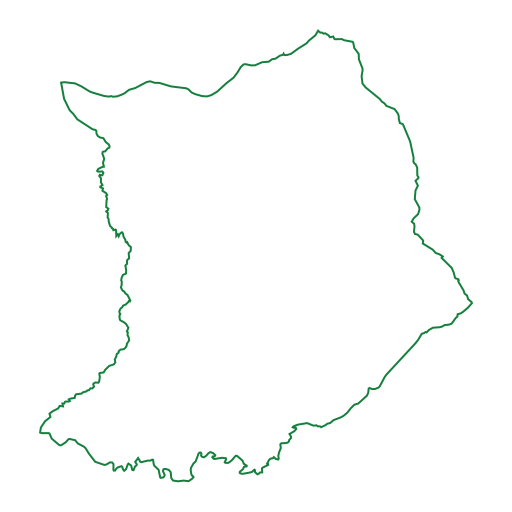 Vemasse, Baucau, East Timor (Albers equal-area conic projection)
{"feature_id": "22284137B19870753775512", "entity_name": "Vemasse", "entity_type": "district", "adm_level": 2, "iso_a3": "TLS", "parent_name": "East Timor", "parent_adm1": "Baucau", "projection": "albers", "projection_center": [126.238, -8.584], "detail": "fine", "context": "isolated", "style": "outline", "palette": "green", "viewbox_px": 512, "rotation_deg": 0, "n_neighbors": 0, "source": "geoboundaries", "source_scale": "gbopen_adm2", "svg_char_len": 5978}
<svg xmlns="http://www.w3.org/2000/svg" viewBox="0 0 512 512"><path d="M318.1,30.7L315.3,35.4L308.9,40.6L306.6,43.3L298.3,48.5L290.9,53.9L287.0,55.0L284.8,55.1L284.1,54.9L283.6,53.7L283.0,54.8L280.0,55.6L275.4,58.7L272.2,59.2L268.7,61.7L262.2,62.2L255.0,65.3L251.1,65.4L245.7,64.2L243.6,64.4L240.9,66.9L237.2,72.9L233.6,77.6L226.2,83.4L217.2,91.6L211.4,95.1L207.0,96.4L202.1,96.1L195.1,94.1L191.6,92.5L188.5,89.4L186.3,88.3L171.0,86.4L159.3,82.9L154.6,82.8L150.1,81.3L146.5,82.1L135.3,88.0L129.1,89.8L124.5,93.3L121.6,94.7L117.0,96.4L112.9,96.7L111.1,96.1L109.0,96.6L104.2,96.0L92.6,92.6L89.7,91.5L81.6,86.5L75.1,83.4L64.4,82.2L61.1,82.6L64.1,98.9L69.7,110.3L73.2,113.8L77.3,119.3L92.4,129.2L95.5,130.0L96.3,130.7L96.5,133.7L97.8,136.0L100.1,137.5L103.4,138.2L105.7,142.0L108.8,144.5L109.6,146.4L109.3,147.7L107.8,148.3L105.1,151.4L103.3,151.6L102.6,152.1L102.4,153.7L104.2,158.8L103.0,162.9L103.9,166.7L102.4,166.9L98.3,168.9L97.1,170.9L98.2,171.7L102.3,171.4L103.4,172.8L102.4,175.2L101.8,175.4L99.9,174.7L99.2,175.9L101.0,178.3L100.9,182.4L102.5,185.1L100.3,186.5L100.3,187.3L103.0,188.4L102.4,190.7L106.0,193.1L107.2,194.9L106.1,196.0L107.1,199.0L106.6,200.1L106.2,207.1L108.4,208.7L107.6,210.6L106.3,211.1L106.2,211.6L107.7,212.7L107.9,213.7L107.6,217.4L108.5,218.8L108.8,221.8L110.1,226.0L111.7,227.4L111.8,228.1L113.1,228.8L113.4,230.2L115.6,229.6L116.1,230.3L116.3,236.1L117.8,234.3L118.7,236.3L119.6,234.1L121.5,232.4L122.3,232.4L123.1,234.1L123.5,236.6L125.3,239.7L125.6,241.7L126.5,242.6L127.1,242.1L128.7,245.2L130.9,247.1L130.7,250.9L128.7,253.0L129.1,258.4L127.4,259.8L127.0,260.8L127.1,263.8L125.4,265.5L126.2,270.3L126.0,273.2L125.8,273.7L122.9,274.9L121.6,277.9L121.2,280.4L121.8,281.7L121.6,285.3L120.9,287.5L122.6,290.7L124.1,291.4L125.4,293.4L127.5,295.0L130.3,300.5L129.9,301.4L128.8,301.1L128.3,302.1L125.6,304.6L123.1,305.6L122.2,307.3L120.5,308.6L119.3,311.3L119.7,313.5L120.3,314.0L119.4,315.8L119.8,319.4L120.3,320.3L124.2,322.4L126.1,324.1L128.4,327.8L126.9,331.5L127.8,332.4L127.5,335.2L128.5,336.9L129.2,340.3L126.9,343.8L126.7,345.5L125.6,347.6L123.9,349.1L120.3,349.7L118.6,351.4L118.6,352.7L116.8,354.0L116.3,356.4L114.8,359.5L115.3,362.4L113.8,364.4L109.2,365.9L105.3,369.7L103.6,372.5L100.1,372.9L99.3,373.5L99.8,377.0L99.2,381.6L98.4,382.7L95.3,382.5L93.5,383.6L93.2,384.4L94.0,386.7L92.1,388.5L90.4,388.3L89.0,390.2L87.3,390.4L86.6,391.3L83.0,392.3L81.5,393.6L76.1,394.3L75.1,395.6L74.7,397.9L70.5,398.6L68.8,399.4L69.9,401.0L68.6,401.6L65.7,401.5L64.8,402.0L64.3,403.5L62.4,403.5L63.0,406.4L59.7,405.9L58.1,408.5L52.9,411.1L50.0,413.2L49.5,413.7L50.4,417.0L45.0,421.3L40.9,427.5L40.1,432.5L41.6,433.1L48.6,433.1L49.5,433.5L51.7,438.6L59.3,445.1L60.2,445.3L61.3,445.2L65.8,442.2L68.5,439.2L69.8,439.0L75.1,440.2L77.9,443.5L84.0,446.7L85.5,448.1L88.9,453.6L95.2,461.8L104.3,464.9L106.2,464.6L110.2,462.3L112.2,462.5L113.5,464.2L113.4,469.7L113.8,470.6L115.0,470.6L116.7,468.2L118.1,467.3L121.4,466.2L122.2,466.7L122.9,469.2L124.2,470.8L126.0,469.2L127.8,464.3L128.5,463.6L131.2,465.6L132.1,469.5L132.4,470.0L133.5,470.2L135.0,466.5L136.5,465.4L136.8,464.4L135.2,461.9L138.1,458.0L140.4,461.9L141.2,462.2L147.7,460.6L150.5,460.6L152.2,459.6L153.1,459.9L153.6,463.6L154.3,465.7L158.6,469.8L160.2,477.4L160.9,477.9L163.2,477.4L164.1,476.6L164.7,474.9L163.0,471.3L163.2,469.8L163.8,469.1L165.5,468.9L168.8,469.9L170.7,472.2L171.3,478.2L173.0,480.5L178.0,481.3L183.7,480.6L188.5,481.2L191.8,479.0L193.5,477.2L193.1,476.3L191.9,475.4L191.3,474.0L190.7,470.3L190.9,468.0L193.5,463.4L195.6,461.5L198.7,453.3L199.9,452.5L200.8,452.6L201.4,453.5L201.1,455.7L202.4,457.0L203.9,457.3L206.2,455.8L208.4,453.2L210.4,452.1L213.3,453.2L215.3,455.1L214.6,456.4L212.8,456.4L212.3,457.2L213.5,458.7L214.4,459.0L222.0,457.8L225.8,458.2L226.1,459.3L224.7,462.3L225.5,462.9L228.3,462.9L231.5,460.6L235.3,456.2L236.1,455.7L237.2,456.0L242.6,460.7L243.8,463.8L246.7,465.6L246.6,466.4L244.0,466.8L243.0,469.1L239.8,471.8L239.7,472.7L240.1,473.3L242.2,473.8L244.1,473.6L250.4,472.4L251.8,472.0L254.3,469.7L255.0,470.2L254.9,472.0L257.4,474.3L258.7,473.8L259.9,472.5L262.2,472.4L262.0,468.3L262.5,467.7L268.2,464.9L268.1,464.0L267.1,463.6L269.1,459.9L270.6,458.6L272.8,458.3L273.8,457.1L275.9,459.0L278.1,459.5L278.7,458.7L278.3,455.8L279.0,452.6L280.8,448.0L280.3,444.4L281.3,443.3L286.4,443.0L288.1,442.3L289.0,441.2L289.1,440.2L291.1,437.9L290.8,436.1L289.5,434.0L294.3,431.2L296.3,428.9L295.7,427.7L293.6,427.8L292.7,427.2L293.6,426.3L297.6,424.7L307.1,423.1L313.7,425.7L316.3,425.3L317.9,426.3L319.9,426.3L321.1,427.2L325.6,425.1L327.1,423.8L330.2,423.0L333.4,420.2L340.9,417.3L343.7,415.7L347.3,412.7L351.0,408.0L354.4,404.7L358.3,403.5L366.9,395.7L368.2,392.9L368.7,388.5L369.6,388.0L372.2,389.1L375.0,389.0L378.5,387.6L379.7,386.4L384.7,377.0L386.7,374.3L415.5,343.2L418.2,339.8L421.7,333.8L424.0,333.1L425.7,332.0L426.6,332.4L429.0,329.9L433.0,327.7L439.9,327.2L442.5,326.4L444.5,325.1L449.1,324.6L451.7,323.6L455.8,317.9L457.4,316.6L457.6,314.3L460.9,313.3L462.8,312.0L467.8,307.8L471.9,303.2L471.7,302.2L468.1,299.1L467.1,295.6L464.5,293.5L463.6,290.5L458.7,282.3L458.2,280.9L458.8,280.2L458.3,279.2L455.5,278.3L455.0,277.7L453.7,272.5L451.7,267.9L441.6,257.9L442.8,256.5L439.3,254.2L435.7,253.0L432.8,249.7L422.8,243.5L423.2,240.7L422.6,239.9L417.7,234.6L415.0,234.0L414.0,231.9L414.5,226.3L414.1,223.7L411.7,221.7L413.6,218.4L418.1,214.1L419.4,210.0L419.4,207.6L414.8,199.2L415.5,190.5L417.9,185.7L415.5,180.8L418.4,178.1L418.5,177.3L417.3,175.5L417.2,167.6L415.7,164.4L414.1,163.1L413.4,161.6L413.6,157.7L410.1,141.4L403.2,124.9L402.6,124.0L399.9,123.1L398.7,118.5L398.8,116.5L398.1,113.9L394.6,109.1L386.4,105.9L384.6,103.5L381.7,101.5L379.8,99.0L365.7,87.5L362.5,83.6L361.6,76.2L362.6,70.3L362.4,68.2L358.9,59.3L358.7,53.9L354.3,48.0L353.2,42.5L352.6,41.8L344.0,40.2L342.0,39.1L335.0,39.2L334.4,38.9L333.2,36.5L329.9,37.3L328.6,35.4L325.9,33.7L325.1,33.3L323.6,33.7L322.1,32.6L320.2,32.6L318.1,30.7Z" fill="none" stroke="#15803d" stroke-width="2"/></svg>